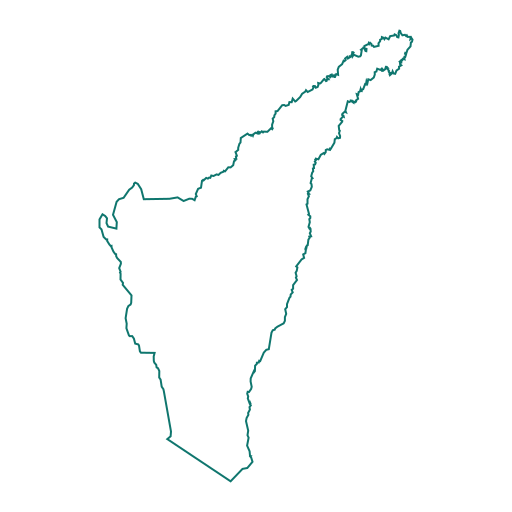 Nova Ubiratã, Mato Grosso, Brazil (Equal Earth projection)
{"feature_id": "56859067B8352278132319", "entity_name": "Nova Ubiratã", "entity_type": "district", "adm_level": 2, "iso_a3": "BRA", "parent_name": "Brazil", "parent_adm1": "Mato Grosso", "projection": "equal_earth", "projection_center": [-54.56, -12.966], "detail": "fine", "context": "isolated", "style": "outline", "palette": "teal", "viewbox_px": 512, "rotation_deg": 0, "n_neighbors": 0, "source": "geoboundaries", "source_scale": "gbopen_adm2", "svg_char_len": 5952}
<svg xmlns="http://www.w3.org/2000/svg" viewBox="0 0 512 512"><path d="M364.2,48.2L363.4,47.8L361.0,49.8L361.7,50.4L360.9,55.4L360.2,56.3L358.3,56.7L353.7,54.7L352.7,56.2L352.5,54.4L353.6,52.6L352.9,52.1L352.2,52.2L352.1,53.9L350.6,56.9L349.6,56.4L349.3,57.6L347.9,58.5L347.2,56.8L345.1,58.5L345.7,60.0L344.4,61.2L343.6,60.7L342.1,64.2L338.8,66.8L337.7,69.7L338.1,74.8L336.2,74.1L335.0,77.0L334.3,77.0L333.9,75.3L332.5,76.3L331.8,74.5L330.5,75.0L330.7,76.7L330.2,77.2L329.9,76.1L327.2,76.2L326.7,77.1L328.4,79.3L327.0,79.4L326.6,80.9L326.0,81.1L324.4,79.0L323.9,79.2L321.0,82.8L320.0,83.5L318.2,83.0L318.4,85.0L317.6,87.0L315.8,87.7L315.0,86.1L313.4,86.0L313.0,86.6L313.6,87.3L312.5,89.5L307.7,92.0L306.0,90.2L305.3,91.6L302.1,93.8L300.2,97.0L296.1,101.0L295.2,101.5L292.7,98.6L291.7,102.2L289.4,102.1L288.7,104.9L285.6,105.9L284.2,105.0L282.2,105.2L277.5,111.1L275.6,111.3L275.6,113.6L274.4,115.3L274.2,117.1L272.7,118.6L273.3,121.3L272.1,124.6L272.1,127.6L272.7,128.3L272.2,129.2L271.0,128.3L267.4,131.8L263.8,131.6L263.0,132.4L261.8,131.3L260.4,132.5L259.2,132.0L259.4,133.5L258.8,133.7L257.6,132.4L257.3,133.4L255.5,132.7L253.4,134.3L252.9,135.7L252.4,134.9L251.2,135.7L250.8,134.9L249.3,135.1L247.5,133.6L240.8,138.0L240.5,142.5L239.4,143.8L238.2,147.8L238.2,149.9L235.7,152.0L235.2,151.3L236.9,155.8L235.9,156.5L236.3,158.9L234.7,159.1L235.3,160.4L234.0,161.2L233.2,165.2L230.6,167.4L228.3,167.3L225.1,171.3L223.8,170.8L223.5,171.7L220.7,172.8L218.5,174.9L216.6,174.4L213.5,176.0L211.3,175.5L210.3,177.8L209.1,177.6L207.9,178.6L206.2,177.9L203.6,180.4L203.1,179.9L202.0,180.8L201.0,187.7L198.1,188.8L195.8,194.0L196.7,196.3L195.8,196.7L194.6,200.2L192.2,198.8L189.3,198.7L183.6,201.0L177.6,197.4L169.4,198.8L143.8,199.2L141.2,189.2L137.8,183.9L135.2,182.6L134.0,183.6L133.9,185.2L132.1,187.6L129.2,189.7L123.6,197.8L119.0,199.2L116.6,201.8L113.0,214.8L116.8,222.1L116.4,228.6L108.1,226.6L106.5,223.1L107.0,218.3L105.2,216.0L102.5,214.3L99.5,219.4L99.5,227.4L101.5,229.4L103.6,236.9L106.1,239.4L107.2,239.4L107.2,241.0L109.4,244.5L110.8,246.1L111.5,245.9L111.6,247.5L113.4,251.5L115.1,253.9L116.1,254.2L116.2,256.3L117.2,258.1L120.8,261.9L120.9,263.7L119.2,268.1L120.6,271.8L120.0,272.6L120.6,273.7L120.5,279.5L123.0,282.9L122.7,284.8L131.5,295.4L131.2,302.8L130.6,304.5L128.4,306.0L127.1,308.7L125.6,318.2L126.7,323.7L126.4,328.2L128.9,335.3L129.6,336.1L132.2,336.1L133.9,338.6L135.2,343.6L138.3,344.4L139.0,345.6L139.9,351.3L140.9,352.7L154.6,352.9L153.7,356.4L153.8,360.9L154.3,362.6L156.2,364.8L156.6,367.4L158.0,368.2L159.3,371.0L159.2,377.5L160.6,379.6L161.7,386.7L163.4,389.2L163.9,391.5L171.0,431.6L170.6,436.3L167.3,439.1L230.6,481.3L242.5,468.9L247.3,468.0L252.5,461.8L251.2,457.6L250.2,456.4L250.7,456.0L250.0,455.7L249.6,451.3L247.1,445.6L248.6,437.7L247.5,435.2L248.2,430.7L246.0,421.1L246.6,418.0L248.4,414.8L248.1,413.0L249.9,409.6L249.5,407.1L250.8,405.4L250.1,404.4L250.5,403.7L249.9,402.2L249.4,402.8L247.8,398.4L248.2,396.5L247.2,393.7L247.7,391.8L249.0,392.0L251.1,389.0L251.7,386.8L250.6,381.5L250.7,378.4L253.8,371.3L254.2,372.0L254.9,371.1L255.1,365.7L256.9,363.8L256.9,362.7L258.8,362.5L259.2,360.8L260.2,361.1L263.8,352.6L266.3,349.8L268.8,349.2L271.5,332.6L272.8,330.2L274.7,329.7L275.2,328.4L277.4,326.7L283.7,323.3L284.9,320.8L284.9,317.1L286.2,313.9L285.2,309.2L287.0,307.1L287.0,304.1L289.5,297.7L290.5,296.7L290.7,294.5L292.7,292.4L291.7,289.9L293.1,288.7L293.1,285.1L297.0,280.0L295.9,277.6L296.6,276.3L295.6,272.7L296.7,270.9L297.4,267.4L296.2,266.4L301.6,259.4L304.1,257.9L303.2,254.4L305.4,253.2L305.8,250.3L305.3,249.1L305.9,247.4L306.4,247.9L306.9,245.5L307.7,245.2L308.4,239.6L309.7,237.7L309.3,236.6L311.1,236.3L309.8,233.2L310.7,231.6L310.5,228.7L310.0,228.0L309.4,228.5L308.5,226.9L309.8,222.2L309.3,219.1L310.3,218.0L310.3,216.3L308.3,214.7L309.0,213.9L306.5,204.4L307.5,203.7L307.5,199.2L308.9,196.2L308.1,194.4L309.1,194.0L308.0,193.1L308.5,192.2L307.9,191.5L310.3,190.4L311.8,186.8L311.5,184.1L310.6,183.1L311.8,178.5L312.5,178.2L311.2,176.3L312.2,172.6L313.2,171.3L312.9,168.5L314.0,168.1L313.7,164.7L315.1,164.4L315.7,162.8L314.8,161.6L315.6,160.5L315.3,159.7L316.0,159.6L316.0,158.7L318.4,159.3L320.8,154.8L323.8,153.0L324.4,153.9L325.7,152.2L325.8,150.0L327.2,149.3L329.9,149.9L330.0,148.6L330.8,148.8L334.4,142.7L334.8,139.2L336.7,138.0L337.0,137.0L338.2,138.3L340.0,137.8L340.1,136.0L339.0,133.1L339.8,130.8L339.2,130.1L338.7,125.9L342.2,121.7L342.3,121.0L340.6,120.0L340.6,119.1L343.1,116.4L343.7,116.7L343.5,115.8L342.1,114.9L342.4,113.8L344.7,111.7L346.0,112.3L345.4,110.7L347.8,101.3L349.4,102.0L350.6,101.3L350.7,100.5L352.0,100.7L352.2,101.8L353.7,102.8L353.9,101.6L355.4,102.2L356.1,101.5L356.0,100.4L358.1,98.8L356.8,94.2L358.2,94.7L358.6,92.1L360.0,91.4L360.6,89.2L361.1,91.0L361.7,91.1L361.9,89.5L363.2,89.2L365.1,84.1L365.9,84.5L366.5,81.1L367.4,83.2L368.3,79.3L370.6,80.1L373.8,77.5L374.8,74.5L374.7,72.2L376.4,71.5L377.2,68.7L380.4,69.9L381.9,68.5L382.5,69.2L382.1,70.8L382.9,70.9L385.1,69.3L385.9,66.8L386.8,66.9L387.5,67.7L386.2,67.7L386.1,68.4L387.3,68.7L389.0,70.8L388.7,71.6L389.3,72.6L390.2,72.8L389.5,74.2L389.9,75.2L391.9,73.4L392.6,71.3L393.6,73.5L395.2,73.8L396.5,70.5L399.1,68.7L399.0,66.7L401.3,65.3L400.1,64.3L400.0,62.9L401.3,62.6L401.4,61.5L400.1,61.3L401.6,59.8L402.4,60.0L402.9,58.8L404.5,59.3L404.1,57.8L404.4,56.9L405.2,57.1L406.0,54.6L405.0,53.8L405.3,52.8L406.4,53.0L407.5,49.7L410.5,46.4L410.9,42.5L412.0,41.7L412.5,39.6L411.6,38.3L410.4,39.2L410.7,36.9L407.6,36.9L406.8,35.3L406.1,36.0L404.9,34.8L402.4,35.3L400.7,33.0L400.2,31.0L399.4,30.7L398.5,33.3L398.9,34.9L398.4,37.4L397.2,37.1L396.3,35.2L394.6,34.4L394.1,35.5L390.2,36.1L388.6,39.3L385.4,37.6L384.4,39.2L383.4,37.7L381.9,37.1L381.8,38.9L380.1,39.8L380.1,41.2L378.5,43.3L378.6,45.8L374.0,46.9L373.1,45.7L371.7,45.6L371.4,44.0L370.1,42.8L369.2,44.1L368.7,43.3L368.5,44.0L364.4,46.0L364.2,48.2ZM364.2,48.2L366.5,48.9L366.3,51.2L365.5,51.0L364.2,48.2Z" fill="none" stroke="#0f766e" stroke-width="2"/></svg>